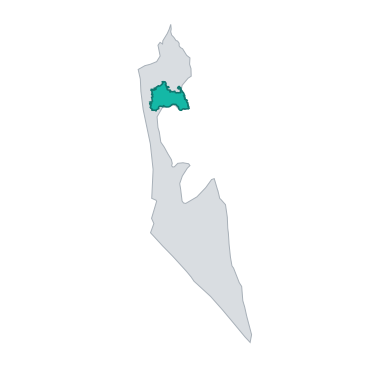 Yizre'el, HaZafon, Israel shown in context, rotated 335°
{"feature_id": "584046B83064859640631", "entity_name": "Yizre'el", "entity_type": "district", "adm_level": 2, "iso_a3": "ISR", "parent_name": "Israel", "parent_adm1": "HaZafon", "projection": "natural_earth1", "projection_center": [35.352, 32.606], "detail": "fine", "context": "in_parent", "style": "filled", "palette": "teal", "viewbox_px": 384, "rotation_deg": 335, "n_neighbors": 0, "source": "geoboundaries", "source_scale": "gbopen_adm2", "svg_char_len": 6430}
<svg xmlns="http://www.w3.org/2000/svg" viewBox="0 0 384 384"><g transform="rotate(335 192 192)"><path d="M243.6,31.1L242.0,35.5L240.4,37.8L239.9,41.3L240.9,44.2L241.5,48.0L242.7,49.1L243.2,51.7L242.1,54.2L242.6,56.3L244.0,58.2L244.9,65.9L246.8,69.6L243.8,75.2L243.2,79.8L240.2,86.7L236.6,87.2L228.4,91.0L227.3,92.2L225.9,94.4L225.6,96.1L224.5,114.4L220.0,113.9L214.6,109.9L213.5,106.5L211.9,105.3L208.0,104.8L200.6,103.1L192.1,109.1L188.4,119.1L187.7,123.8L184.8,133.6L185.8,139.6L186.3,147.4L187.0,153.8L186.2,157.7L184.6,159.7L185.1,161.2L186.6,161.7L191.2,160.0L196.2,161.7L200.9,165.0L201.3,167.2L197.9,168.4L190.0,173.4L184.4,179.2L182.9,184.6L179.2,196.0L179.7,198.4L181.5,199.7L194.4,198.5L206.2,193.9L215.0,189.0L217.8,189.3L215.9,201.9L216.0,201.9L214.4,209.6L215.0,210.9L217.0,217.6L213.3,229.9L209.1,239.9L207.6,244.6L203.5,255.1L199.3,267.3L197.0,275.8L197.5,278.7L196.5,294.2L197.1,298.6L192.1,312.0L191.1,318.6L189.1,327.6L185.7,346.5L181.1,352.9L178.8,345.8L173.5,325.5L169.8,311.6L164.7,294.5L156.1,273.7L155.3,268.7L153.4,261.4L147.5,242.5L142.7,228.8L137.2,211.4L144.1,204.5L144.2,198.8L156.0,185.5L155.9,184.2L152.8,180.7L153.2,180.0L166.2,155.3L174.6,130.7L182.6,96.6L188.2,79.2L192.9,67.8L195.0,58.2L202.6,57.6L208.3,58.6L215.1,58.9L220.6,55.3L223.2,44.6L226.3,42.9L227.9,45.4L229.5,42.6L236.6,37.9L240.1,34.9L243.6,31.1Z" fill="#d9dde1" stroke="#a8b0b8" stroke-width="1"/><path d="M191.0,94.0L190.9,94.3L191.0,94.5L191.2,94.9L191.2,95.0L190.9,95.4L191.0,95.6L191.6,95.8L191.6,96.1L191.4,96.3L191.1,96.7L190.8,97.0L190.2,97.3L189.9,97.5L190.1,98.8L190.5,99.0L190.6,99.8L190.7,100.0L190.9,100.1L190.9,100.3L190.2,100.7L190.2,100.8L190.4,101.0L190.6,101.1L190.8,101.3L191.5,101.4L191.7,101.7L192.1,101.9L192.3,102.0L193.0,102.1L193.4,102.8L193.6,103.2L193.9,103.2L194.0,102.9L194.5,102.5L194.9,102.4L196.3,102.4L197.1,102.4L197.3,101.3L197.5,101.0L198.0,100.9L198.1,100.7L198.3,100.6L199.1,100.6L199.5,100.7L199.7,100.8L199.9,101.1L200.1,101.3L200.6,101.4L201.2,102.0L201.4,102.2L201.5,102.4L202.0,102.3L202.3,101.9L202.6,101.7L202.8,101.7L203.5,103.0L204.3,103.7L204.8,104.1L206.5,104.9L207.8,105.1L208.2,105.0L209.0,104.9L209.6,104.6L210.1,104.6L210.4,104.3L210.6,104.3L211.5,104.3L212.4,104.6L212.7,104.9L213.0,105.0L213.3,105.3L213.7,105.4L214.0,105.6L214.4,105.7L214.5,105.8L214.6,106.1L214.6,106.7L214.9,107.2L215.0,107.8L215.3,108.2L215.3,108.6L215.7,108.9L215.7,109.3L215.6,109.6L215.4,109.8L215.3,110.0L215.3,110.9L215.2,111.4L215.2,111.6L215.4,111.8L215.4,112.0L215.6,112.3L215.6,112.6L215.8,112.7L216.0,113.0L216.7,113.4L217.2,113.5L217.4,113.4L217.5,113.2L218.1,113.0L218.8,112.9L219.5,113.0L219.8,113.1L219.9,113.4L220.2,113.6L220.3,113.6L220.5,113.9L221.0,114.0L221.4,114.2L221.9,114.2L222.5,114.5L223.1,114.5L223.4,114.9L223.6,114.9L223.8,115.1L224.1,114.9L224.5,115.0L224.7,114.9L224.5,114.5L224.5,114.0L224.6,113.9L224.9,113.9L225.0,113.8L224.8,113.6L224.9,113.3L225.0,113.2L224.9,112.9L225.0,112.6L224.7,112.4L225.0,112.1L224.8,111.9L224.8,111.7L224.9,111.3L225.3,111.2L225.5,111.0L225.5,110.0L225.6,109.8L225.8,109.7L225.9,109.3L225.8,109.1L225.5,109.0L225.3,108.9L225.2,108.8L225.4,108.5L225.6,107.8L225.5,107.5L225.8,107.4L225.9,107.2L226.4,106.9L226.2,106.5L226.1,106.2L225.5,106.0L225.4,105.8L225.2,105.8L225.2,105.6L225.3,105.4L225.1,105.1L224.9,105.0L224.8,104.8L224.6,104.7L224.8,104.2L225.0,104.1L225.4,104.1L225.5,104.0L225.5,103.8L225.4,103.6L225.2,103.5L225.1,103.3L225.2,102.5L225.2,102.4L225.4,102.7L225.6,102.7L225.7,102.3L225.8,101.9L225.9,101.7L226.1,101.7L226.2,101.2L225.9,100.8L225.9,100.7L226.1,100.3L226.2,100.0L226.2,99.1L226.2,98.2L226.0,97.9L225.6,97.8L225.5,97.6L225.6,97.4L225.8,97.2L225.8,96.6L225.5,96.2L225.5,95.9L225.2,95.8L225.1,95.6L225.2,95.4L225.4,95.4L225.4,95.1L225.4,94.7L225.5,94.5L225.6,94.3L225.5,94.1L225.7,93.4L225.8,93.2L225.9,92.9L225.5,92.3L225.3,92.2L225.2,91.9L224.8,91.6L224.9,91.3L225.1,91.1L225.0,90.9L224.8,90.8L224.0,90.9L223.7,91.2L223.3,91.3L223.2,91.4L223.4,91.5L223.4,91.9L223.1,92.4L223.4,92.8L223.5,93.0L224.6,93.4L224.7,93.5L224.8,93.8L224.8,94.3L224.5,94.7L224.4,95.6L224.2,95.8L224.0,96.1L223.8,96.3L223.8,97.0L223.6,97.2L223.3,97.1L223.1,96.9L222.6,96.8L222.3,96.5L221.8,96.5L221.6,96.4L221.5,96.2L221.1,96.1L220.9,95.8L220.5,95.7L219.8,95.7L219.7,95.6L219.6,95.3L219.5,95.1L219.0,95.0L218.9,94.9L219.0,93.6L219.0,93.4L218.8,93.3L218.1,93.3L217.7,93.1L217.4,93.2L217.1,93.2L216.7,92.9L216.3,92.5L215.9,92.4L215.5,92.0L215.3,91.9L215.0,91.9L214.7,92.2L214.3,92.0L214.3,91.7L214.5,91.5L214.8,91.5L215.0,91.3L215.2,91.1L215.4,90.9L215.3,90.5L215.0,90.4L214.9,90.2L214.7,90.1L214.3,90.0L214.2,89.8L214.1,89.7L213.7,89.6L213.5,89.4L213.4,89.3L213.2,89.1L212.9,88.9L212.9,87.9L213.0,87.7L213.5,87.3L213.8,87.2L214.3,87.2L214.5,87.3L214.7,87.5L215.1,87.6L215.3,87.5L215.3,87.4L215.3,86.9L215.2,86.6L214.5,86.5L214.3,86.4L214.1,86.0L213.9,86.0L213.6,86.2L213.3,86.2L213.2,86.1L213.2,85.8L213.2,85.7L213.3,85.4L213.4,85.2L213.6,85.1L213.6,84.8L213.5,84.5L213.4,84.4L213.2,84.0L213.2,83.6L213.4,83.4L214.0,83.3L214.2,83.2L214.3,82.3L214.4,81.9L214.3,81.7L214.3,81.0L214.0,80.7L213.7,80.5L213.3,80.2L213.2,80.3L212.8,80.5L212.7,80.4L212.3,80.0L212.2,79.7L211.8,79.5L211.6,79.5L211.5,80.3L211.6,80.5L211.3,81.0L211.3,81.3L211.1,81.5L210.8,81.6L210.5,81.5L210.2,81.6L209.9,81.9L209.6,82.0L209.0,82.0L208.7,82.2L208.5,82.3L207.9,82.3L207.4,82.3L207.2,82.2L206.9,81.9L206.6,81.6L206.1,81.5L205.8,81.9L205.5,82.0L205.2,81.9L204.8,81.8L204.3,81.9L203.6,82.0L203.4,82.2L203.2,82.3L203.1,82.5L203.1,83.2L203.0,83.4L202.8,83.5L202.7,83.7L202.2,83.7L202.0,83.3L202.1,83.1L202.1,82.2L201.9,82.0L201.5,82.0L201.4,82.3L201.4,83.0L201.1,83.3L201.0,83.6L200.8,83.7L200.7,83.7L200.4,83.3L200.1,83.3L200.1,83.2L199.8,82.9L199.7,82.4L199.4,82.2L199.0,81.9L198.6,81.9L198.4,81.8L198.3,82.0L198.1,82.1L197.9,82.4L197.8,82.5L198.0,82.9L198.4,83.1L198.4,83.3L198.4,83.5L198.1,84.0L198.0,85.0L197.9,85.2L197.6,85.2L197.4,85.5L197.3,86.3L197.2,86.4L196.7,86.5L196.7,86.8L197.3,86.9L197.6,87.0L197.5,87.3L197.4,87.5L197.0,87.7L196.7,88.2L196.7,89.2L196.5,89.3L195.8,89.3L195.7,89.3L195.5,89.1L195.4,89.1L195.3,89.5L195.3,90.2L195.2,90.5L195.1,90.8L194.9,91.4L194.8,91.6L194.7,92.0L194.6,92.7L194.6,92.9L194.0,93.0L193.6,93.3L193.2,93.3L192.9,93.2L192.6,92.9L192.1,92.7L191.9,92.7L192.0,92.9L192.5,93.1L192.7,93.4L193.0,93.5L193.0,94.1L193.1,94.3L192.7,94.7L192.4,94.6L191.8,94.0L191.3,93.9L191.0,94.0Z" fill="#14b8a6" stroke="#0f766e" stroke-width="1.5"/></g></svg>